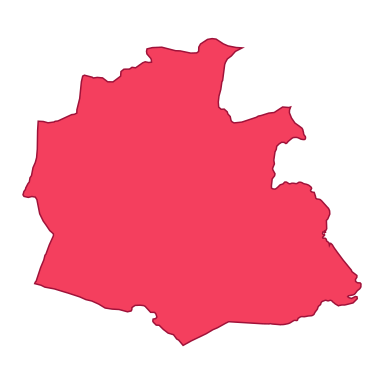 outline of Asunción Mita, Jutiapa, Guatemala
{"feature_id": "79465075B73925022965475", "entity_name": "Asunción Mita", "entity_type": "district", "adm_level": 2, "iso_a3": "GTM", "parent_name": "Guatemala", "parent_adm1": "Jutiapa", "projection": "orthographic", "projection_center": [-89.611, 14.308], "detail": "fine", "context": "isolated", "style": "filled", "palette": "rose", "viewbox_px": 384, "rotation_deg": 0, "n_neighbors": 0, "source": "geoboundaries", "source_scale": "gbopen_adm2", "svg_char_len": 5243}
<svg xmlns="http://www.w3.org/2000/svg" viewBox="0 0 384 384"><path d="M161.8,47.2L152.4,47.6L147.0,48.9L146.5,51.3L146.9,53.9L150.6,58.2L151.3,59.6L151.5,62.2L148.7,62.5L145.2,61.8L142.7,62.8L135.6,67.8L132.0,67.3L129.5,69.1L123.9,69.2L121.0,71.5L120.6,76.2L113.0,81.9L107.7,81.8L102.6,77.9L97.3,77.4L93.3,78.0L92.2,77.2L84.4,75.2L82.7,76.1L81.4,81.7L79.7,98.5L76.9,109.8L76.8,113.1L74.4,114.3L71.7,114.6L57.8,121.0L55.1,121.3L54.0,122.0L48.0,122.8L43.3,121.5L38.2,121.2L37.6,130.8L37.3,149.2L36.6,157.6L35.3,162.5L33.0,167.7L31.5,175.6L30.0,177.8L29.3,182.0L28.0,183.6L25.7,188.0L25.5,189.3L23.9,191.5L23.0,194.8L24.0,196.4L28.3,197.4L31.9,196.5L35.3,197.1L36.9,199.6L39.7,213.8L43.3,221.2L45.9,224.8L49.8,230.6L53.4,233.8L53.4,235.8L49.3,244.9L45.9,254.2L45.0,255.2L43.8,260.0L40.7,267.4L36.1,281.3L35.3,282.1L34.7,283.6L41.0,285.2L44.8,287.1L54.4,288.9L66.5,292.6L67.6,292.9L79.8,296.9L85.9,299.6L91.8,301.0L98.7,304.1L105.1,308.0L112.1,309.1L119.1,309.5L127.5,311.8L131.1,311.0L131.8,309.8L132.0,307.5L135.1,305.4L140.1,305.2L143.7,305.6L145.2,306.4L150.6,312.3L154.6,312.4L155.9,314.0L156.9,317.0L155.7,318.6L153.1,319.1L152.8,321.1L153.4,322.3L156.2,325.1L159.2,325.3L163.3,329.4L168.1,333.1L173.5,334.7L176.7,339.0L178.7,340.1L183.1,345.4L191.4,340.8L206.2,333.7L212.9,329.7L217.4,327.8L225.5,323.3L228.7,321.7L263.2,323.8L269.2,323.9L270.1,323.6L272.1,324.0L279.4,324.6L280.1,324.7L280.7,324.7L281.4,324.6L282.6,324.6L283.7,324.5L285.0,324.3L286.8,323.9L287.9,323.7L289.1,323.3L290.2,322.8L291.6,321.9L294.1,320.4L294.7,320.4L295.4,320.4L296.2,320.5L296.9,320.5L297.5,320.1L297.8,319.1L298.3,318.1L299.2,317.7L299.9,317.2L300.6,316.8L301.6,316.6L302.3,316.6L303.6,316.7L304.4,316.7L305.7,316.5L306.3,316.4L307.6,316.1L308.2,316.0L309.3,315.9L310.6,315.8L311.6,315.7L312.5,315.4L313.3,314.9L313.8,314.5L314.2,314.0L314.4,313.4L314.9,312.5L315.5,311.6L316.2,310.7L316.6,310.2L317.0,309.6L317.5,308.9L317.7,308.0L318.1,306.9L318.6,306.1L319.3,305.6L320.2,304.9L320.7,304.2L320.9,303.3L321.1,302.7L321.6,302.0L322.3,301.4L322.9,301.2L325.2,300.3L326.0,300.3L326.9,300.6L328.0,300.9L328.9,300.7L329.8,300.4L330.5,300.3L331.7,300.7L332.4,301.5L333.1,302.2L333.7,302.6L334.6,303.4L335.5,304.1L336.1,304.4L336.7,304.8L337.3,305.1L338.4,305.8L339.2,305.5L340.0,305.4L341.2,305.1L341.9,305.0L342.6,305.0L343.2,305.0L344.6,305.0L346.4,304.6L353.1,302.9L357.3,298.7L357.0,296.8L355.4,296.5L351.6,298.4L349.2,297.8L347.7,296.7L348.4,295.8L352.6,295.0L354.2,294.4L355.1,293.6L355.8,292.7L356.5,291.8L357.3,290.7L358.2,290.0L359.7,288.8L360.6,287.5L360.9,286.7L360.9,286.1L360.9,285.3L361.0,284.0L360.6,283.4L360.1,282.9L357.4,282.8L355.6,281.4L355.5,279.4L356.9,277.2L356.9,275.5L355.0,274.0L353.0,272.5L351.8,271.5L351.4,270.2L348.3,266.4L343.3,260.3L342.1,258.7L340.7,256.8L338.6,254.0L337.1,252.0L335.2,249.3L334.7,248.7L333.5,246.8L332.3,244.8L330.8,243.4L330.0,243.3L329.9,244.2L329.4,245.3L329.1,243.3L328.3,242.3L327.7,241.7L327.2,241.4L326.6,241.0L326.5,240.4L326.3,239.4L325.8,238.7L325.1,238.2L324.1,238.2L323.5,238.2L322.8,238.0L322.6,237.4L323.1,236.7L324.0,235.8L324.6,235.1L324.4,234.3L323.4,234.6L322.8,234.0L322.5,233.3L323.0,231.9L323.8,231.9L324.5,232.5L325.5,232.3L325.4,231.4L324.8,230.8L325.9,230.3L326.7,228.8L326.4,220.4L327.8,218.9L329.8,214.1L329.6,210.8L328.5,208.4L326.7,206.5L321.6,200.8L320.2,199.6L319.2,199.3L318.6,199.2L317.7,199.1L316.5,198.8L315.8,198.1L315.6,197.2L315.5,196.4L314.2,192.4L313.4,192.3L312.1,192.0L311.4,191.7L310.7,191.0L310.5,190.2L311.0,189.6L311.6,188.5L311.4,187.6L310.7,186.7L309.9,186.1L308.9,185.3L307.9,184.8L306.5,184.3L304.6,183.9L303.9,183.7L303.0,183.3L302.2,182.8L301.5,182.5L300.8,182.3L300.2,182.2L299.3,182.2L298.6,182.4L297.9,182.9L297.2,183.4L296.3,183.6L295.6,183.6L294.1,183.3L292.9,183.2L291.8,183.2L290.4,183.7L289.2,183.8L288.4,183.3L287.9,183.0L287.2,182.5L286.4,182.1L285.8,182.0L284.7,182.1L284.1,182.7L283.4,183.6L282.3,184.2L281.1,184.5L280.5,184.7L279.7,185.2L279.2,185.7L278.5,186.5L277.6,187.3L276.7,188.1L275.9,188.7L274.9,189.1L273.9,189.0L273.2,188.9L272.4,188.7L271.5,188.0L271.5,187.1L271.4,186.0L272.2,178.9L274.6,175.8L275.0,173.8L272.8,169.7L272.6,168.3L274.4,163.9L273.8,160.2L275.0,151.9L276.3,149.3L276.7,146.3L279.1,143.9L281.6,142.3L284.3,142.4L285.0,143.0L285.7,143.5L286.3,143.4L287.0,142.9L287.5,142.3L288.0,141.6L288.8,140.9L290.0,139.9L292.1,138.2L293.2,137.6L293.9,137.5L295.6,137.4L296.4,137.4L297.5,137.6L298.1,137.8L298.7,138.0L299.3,138.4L300.1,138.7L300.7,139.1L301.6,139.3L302.8,139.5L304.0,139.6L304.9,139.4L305.3,138.8L305.5,138.2L305.5,137.1L305.3,136.5L304.9,136.0L304.5,135.4L303.9,134.7L303.6,133.5L303.5,132.6L302.7,129.4L301.9,128.1L294.9,123.0L291.5,118.0L289.4,112.8L289.5,110.1L290.6,107.0L289.0,107.5L282.6,107.0L274.2,112.5L268.8,113.1L261.2,115.5L258.3,116.1L256.3,117.3L241.8,122.1L234.1,122.9L232.3,122.0L231.1,120.7L230.2,116.5L227.9,114.0L227.2,111.8L224.2,109.1L221.2,109.3L218.7,107.1L218.3,102.1L219.0,96.0L220.8,89.4L221.9,81.7L222.6,80.6L224.7,64.5L225.5,62.3L227.4,58.9L231.4,55.9L235.4,51.4L242.2,47.9L236.2,47.5L228.0,45.9L223.2,43.8L216.1,39.1L212.1,38.6L207.5,39.4L200.5,44.0L198.8,47.1L198.6,51.5L196.7,52.9L190.7,53.1L180.2,50.9L175.5,50.7L161.8,47.2Z" fill="#f43f5e" stroke="#9f1239" stroke-width="1.5"/></svg>